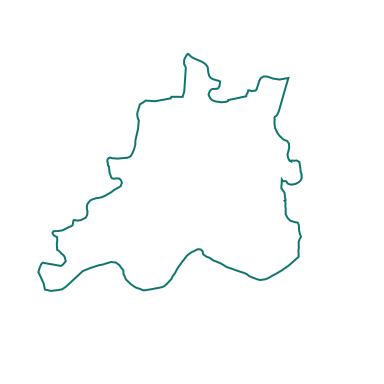 the district of Shubra Khît, Al Buhayrah, Egypt, rotated 108°
{"feature_id": "37247803B97013363059523", "entity_name": "Shubra Khît", "entity_type": "district", "adm_level": 2, "iso_a3": "EGY", "parent_name": "Egypt", "parent_adm1": "Al Buhayrah", "projection": "mercator", "projection_center": [30.677, 31.003], "detail": "fine", "context": "isolated", "style": "outline", "palette": "teal", "viewbox_px": 384, "rotation_deg": 108, "n_neighbors": 0, "source": "geoboundaries", "source_scale": "gbopen_adm2", "svg_char_len": 5866}
<svg xmlns="http://www.w3.org/2000/svg" viewBox="0 0 384 384"><g transform="rotate(108 192 192)"><path d="M53.8,135.6L54.7,137.3L58.1,143.7L58.5,146.8L59.1,150.0L59.0,154.9L59.0,155.9L59.1,156.6L59.7,158.5L60.0,159.6L61.4,160.8L62.3,161.7L63.8,162.0L65.7,162.4L67.2,162.3L69.1,162.3L70.5,162.3L72.6,162.3L73.7,162.3L74.6,162.3L75.0,162.5L75.6,162.9L76.1,163.2L76.3,163.7L77.0,165.3L77.4,166.2L77.5,167.1L77.6,167.9L77.7,169.1L77.8,169.8L80.4,169.8L82.4,170.3L84.2,170.0L84.4,170.4L90.2,180.4L93.3,185.9L94.2,185.7L95.6,187.2L96.5,189.3L97.6,191.7L98.0,194.4L98.3,195.7L98.6,197.7L98.5,200.1L98.4,201.5L97.2,203.6L96.5,204.3L96.0,204.8L94.4,206.3L91.5,206.4L90.6,206.1L89.8,205.9L88.7,205.5L87.8,204.4L87.3,203.2L86.2,200.4L85.8,199.5L84.5,198.9L82.6,198.6L80.6,199.0L78.2,199.4L78.0,201.0L78.2,203.5L78.2,207.3L77.6,209.6L76.2,211.6L72.8,213.7L68.5,215.6L67.5,216.7L66.3,218.5L65.2,222.2L65.0,223.7L64.8,226.1L64.1,232.9L63.2,235.5L61.9,237.9L62.0,238.7L63.2,239.2L63.7,239.5L66.0,239.9L68.1,240.3L69.9,240.0L71.3,239.5L72.9,239.0L73.5,238.3L75.6,236.3L98.9,230.4L104.4,230.3L107.8,240.9L109.0,241.3L109.5,241.1L117.1,255.2L119.4,264.4L122.1,266.2L122.3,266.6L123.6,267.7L124.9,268.7L125.6,268.6L129.6,268.5L130.3,268.5L132.7,268.5L134.8,268.2L137.1,267.2L138.7,266.2L139.8,265.4L140.2,264.7L141.0,264.6L141.4,264.5L144.2,263.9L145.6,263.5L147.5,263.0L149.1,262.8L159.8,261.8L160.6,261.7L161.4,261.5L162.6,261.2L164.1,260.6L165.5,260.5L169.2,260.3L169.8,260.3L173.7,260.7L176.8,261.3L177.7,262.2L179.3,263.8L181.1,268.1L181.6,269.3L183.3,273.2L183.8,275.4L184.0,276.2L184.5,278.1L184.5,280.3L185.4,281.7L186.1,281.8L187.1,282.4L189.4,281.8L191.1,280.6L192.5,280.3L193.4,278.9L194.8,278.3L196.3,277.6L198.7,276.5L199.3,276.2L201.4,274.6L202.8,273.6L203.7,272.2L203.6,270.6L203.2,269.7L202.5,268.4L202.1,266.9L201.7,265.3L202.4,263.9L202.8,263.2L203.9,262.3L204.8,261.5L207.3,261.6L208.7,261.7L211.3,264.1L212.4,265.1L214.1,266.7L217.1,268.7L218.2,269.7L219.3,270.7L221.0,272.2L223.2,274.3L225.0,276.5L226.0,278.2L226.3,278.7L227.4,281.1L229.0,283.3L230.6,285.4L232.1,286.4L232.5,286.6L234.7,287.4L235.5,287.7L237.9,287.6L239.4,287.1L239.9,287.0L240.9,286.5L242.8,285.4L245.9,284.6L249.3,285.1L250.3,286.2L252.3,288.2L253.3,289.3L253.9,290.6L254.1,291.0L254.6,292.2L254.9,294.3L255.3,295.8L256.3,295.9L260.2,295.3L261.2,295.8L261.6,296.1L262.6,297.1L264.0,298.8L264.4,299.2L265.3,300.0L267.5,302.2L269.0,304.2L269.8,305.9L270.7,307.7L272.0,311.5L273.9,312.1L274.6,311.6L274.9,311.4L275.3,310.8L275.9,310.0L276.1,309.5L276.4,307.8L276.5,307.1L276.6,306.4L277.0,306.2L278.9,305.5L279.5,305.3L280.2,305.1L280.7,304.9L282.5,304.7L284.2,304.1L284.7,304.0L286.2,303.3L288.7,302.4L288.8,301.8L288.9,301.2L289.2,300.3L289.5,299.5L290.8,297.3L292.0,294.4L293.5,292.7L294.9,291.9L296.8,290.7L297.4,290.9L300.4,292.1L302.0,293.2L302.7,293.6L302.9,294.1L303.0,295.1L304.9,308.5L305.1,310.0L305.3,312.0L306.9,313.0L308.2,313.2L310.7,313.4L315.6,313.4L316.9,312.2L317.4,311.7L324.8,304.8L326.4,303.9L327.4,303.3L330.2,301.8L330.1,300.0L329.6,295.4L327.7,291.3L327.1,289.8L324.7,285.5L323.2,284.3L321.8,283.2L320.7,282.5L318.6,281.2L316.7,280.2L307.7,275.2L300.9,271.4L296.7,266.4L295.5,264.9L293.3,261.9L290.0,257.2L288.7,254.6L287.4,252.9L286.8,252.0L285.5,250.1L283.5,247.2L283.2,245.3L283.0,244.6L282.9,243.8L282.6,242.3L283.3,240.6L283.8,238.7L286.0,235.8L287.6,233.2L289.2,232.5L290.9,232.0L293.2,229.9L295.5,227.9L297.0,224.9L298.5,221.9L299.4,219.0L300.2,216.2L300.3,211.2L300.6,208.0L299.8,205.9L298.4,203.3L297.2,200.9L296.1,198.9L294.1,195.3L293.4,194.0L291.9,191.4L291.5,190.7L290.0,189.3L289.7,189.0L287.2,187.5L286.1,187.0L283.7,185.9L282.0,185.1L281.2,184.7L278.4,184.4L274.7,183.2L274.0,183.0L273.4,182.9L271.3,182.6L270.5,182.4L268.8,182.1L267.7,181.8L266.6,181.5L264.6,180.8L263.4,180.4L262.4,180.1L258.2,178.5L257.6,178.4L256.0,177.8L253.7,176.9L251.4,175.3L249.3,173.7L247.9,172.1L244.9,169.2L244.3,167.7L244.1,166.6L244.0,166.0L244.3,165.4L245.0,163.7L245.9,163.1L247.1,162.6L248.0,161.7L249.0,158.4L249.2,154.6L250.5,150.8L250.6,147.4L251.1,142.0L252.6,136.1L252.7,130.4L252.8,127.5L252.9,124.6L252.9,116.6L253.3,114.1L254.4,111.6L254.6,109.1L254.7,106.0L254.9,102.6L254.5,99.6L252.5,95.6L251.2,93.8L248.7,91.4L247.1,90.0L243.5,86.5L238.6,82.2L236.4,80.6L231.8,77.1L226.5,74.0L221.0,70.8L220.8,70.6L220.3,70.7L218.1,71.4L216.9,71.9L215.3,72.6L213.1,73.0L211.9,73.2L211.3,73.4L210.7,73.7L209.5,74.1L208.6,74.4L206.7,75.1L205.2,75.1L203.6,75.1L200.9,74.5L198.0,76.8L196.0,77.9L194.4,78.8L193.1,79.1L191.6,79.7L190.7,80.1L188.8,81.6L188.5,82.5L188.9,84.8L188.9,87.7L189.0,89.6L188.4,90.7L187.7,92.0L186.8,93.5L185.3,94.9L184.0,96.2L182.8,96.5L179.9,97.4L178.3,98.0L177.8,98.3L177.1,98.6L176.5,98.9L175.8,99.1L174.9,99.2L174.2,99.5L173.4,99.8L172.2,100.3L171.6,101.3L170.8,100.5L169.6,101.2L169.1,101.5L168.0,102.1L167.4,102.3L166.7,102.6L166.1,102.7L165.5,103.2L164.1,103.8L163.7,104.3L163.3,104.9L160.7,108.3L155.5,109.5L152.4,110.4L153.6,108.8L153.4,108.3L152.9,106.9L152.6,106.0L152.8,105.5L153.2,105.1L153.8,104.4L154.4,103.8L154.4,103.3L154.5,102.5L154.5,101.7L154.4,100.1L153.6,98.3L153.1,97.5L152.0,95.6L151.6,95.3L150.1,93.9L149.5,93.4L148.7,92.9L147.9,92.5L146.6,92.2L144.8,92.0L143.4,92.5L142.8,92.8L142.1,92.9L141.4,93.1L140.9,93.6L140.1,94.1L139.2,94.9L138.3,95.3L137.5,95.6L136.6,96.0L135.5,96.5L134.5,97.1L133.5,97.5L132.6,98.0L132.0,98.2L131.2,98.7L130.2,99.2L130.1,99.7L130.0,100.4L129.7,102.2L129.8,102.6L130.7,104.3L130.8,105.2L131.2,106.4L131.3,106.9L131.6,107.7L132.3,107.3L132.1,109.0L131.5,109.5L129.8,111.2L128.4,112.0L127.1,112.7L119.9,113.2L115.9,114.8L114.1,117.4L113.9,121.2L111.4,126.4L109.5,128.9L105.6,132.7L101.0,134.9L100.5,135.0L99.6,135.3L97.8,135.7L96.2,136.5L94.9,136.5L93.6,135.4L92.8,135.1L92.1,134.8L91.3,134.7L90.3,134.6L89.7,134.5L89.0,134.5L88.4,134.4L53.8,135.6Z" fill="none" stroke="#0f766e" stroke-width="2"/></g></svg>